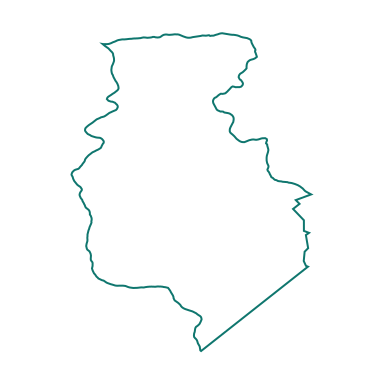 the district of VII-2 Mazaruni/L.B.E.Rive, Cuyuni-Mazaruni, Guyana, rotated 265°
{"feature_id": "73187651B61605631045653", "entity_name": "VII-2 Mazaruni/L.B.E.Rive", "entity_type": "district", "adm_level": 2, "iso_a3": "GUY", "parent_name": "Guyana", "parent_adm1": "Cuyuni-Mazaruni", "projection": "equal_earth", "projection_center": [-59.626, 5.924], "detail": "fine", "context": "isolated", "style": "outline", "palette": "teal", "viewbox_px": 384, "rotation_deg": 265, "n_neighbors": 0, "source": "geoboundaries", "source_scale": "gbopen_adm2", "svg_char_len": 5994}
<svg xmlns="http://www.w3.org/2000/svg" viewBox="0 0 384 384"><g transform="rotate(265 192 192)"><path d="M347.0,116.7L347.2,115.9L344.8,118.3L344.0,119.3L343.2,120.2L342.4,121.2L339.3,123.6L338.3,124.5L337.3,125.1L336.4,125.4L335.0,125.4L332.9,125.8L331.7,125.9L329.5,125.8L328.3,125.3L326.2,124.3L324.2,123.1L323.0,122.8L320.7,122.3L319.6,122.3L318.2,122.4L316.8,122.6L315.7,123.2L313.1,123.9L312.0,124.4L309.4,125.5L308.5,126.1L307.5,126.6L306.4,127.1L304.0,127.8L301.8,127.9L300.8,127.5L299.9,126.7L299.2,125.7L298.5,124.6L297.8,123.6L297.2,122.5L296.7,121.4L296.0,120.3L294.2,116.9L293.3,115.9L292.0,115.3L290.2,116.7L289.1,119.2L288.9,120.6L287.6,123.1L286.4,124.0L285.6,124.8L284.4,125.4L283.2,125.5L282.0,124.9L281.2,124.4L280.3,123.4L279.4,120.6L279.0,119.4L278.5,118.1L278.0,116.6L276.9,114.8L276.0,113.3L275.3,112.0L274.8,110.8L274.3,107.8L273.7,106.5L272.7,103.4L272.0,102.3L271.2,101.1L269.8,99.0L267.6,95.0L266.7,93.7L265.9,92.6L264.7,91.3L263.8,91.0L262.8,90.8L261.7,91.1L259.6,92.6L258.8,93.3L257.5,95.5L256.6,96.6L256.0,98.0L254.9,100.7L254.5,102.1L254.0,105.0L253.3,106.2L252.5,107.1L251.6,107.7L250.7,108.3L249.7,108.5L248.7,108.3L247.8,107.4L245.8,106.1L244.6,105.5L243.8,104.9L242.9,103.2L242.3,101.9L241.8,100.3L241.3,99.3L240.8,98.0L240.2,96.3L238.3,93.4L237.7,92.4L236.6,91.1L234.6,89.0L233.6,88.3L232.4,87.9L231.5,87.3L229.5,85.4L228.6,84.8L226.8,82.8L225.8,81.9L225.0,80.9L224.3,77.6L223.8,76.5L223.1,75.6L222.1,74.5L221.0,73.9L219.9,73.5L218.9,73.7L217.9,74.3L215.5,74.8L213.3,75.6L209.4,78.2L208.4,79.2L207.5,80.3L206.8,81.2L205.6,81.9L204.4,82.5L203.3,82.3L201.4,80.7L200.5,80.2L199.4,79.8L198.2,79.8L195.8,80.6L194.7,81.3L193.8,81.9L192.4,82.2L190.1,83.3L189.1,83.6L188.1,84.1L187.1,84.3L185.8,84.8L184.8,85.8L183.9,86.8L182.9,87.7L181.8,88.2L180.6,88.4L179.3,88.4L178.4,88.3L177.3,89.0L175.2,89.6L174.2,89.7L172.9,89.6L171.7,89.2L170.3,89.2L169.2,88.7L165.9,86.9L164.0,86.2L162.9,85.6L159.4,84.4L158.3,84.1L157.3,84.1L156.0,83.8L154.8,83.7L153.7,83.7L152.2,83.5L151.2,83.1L149.7,82.5L147.4,81.9L144.7,82.3L143.7,82.7L141.8,84.7L140.5,85.2L139.3,85.6L137.5,85.8L134.2,85.3L133.1,85.3L132.0,85.8L130.8,86.6L129.9,86.8L127.0,86.5L126.0,86.2L124.6,85.7L122.4,86.2L119.5,87.3L118.1,88.4L116.9,89.0L115.9,89.6L114.9,90.6L114.0,91.2L112.0,94.6L111.4,96.3L110.5,97.4L109.3,98.8L108.7,99.8L107.2,103.1L106.7,104.5L105.5,107.4L105.2,108.9L104.7,115.1L104.2,117.5L102.9,120.1L102.3,121.7L101.9,123.4L101.5,125.2L101.3,129.3L101.4,132.8L101.1,135.8L101.3,137.4L101.4,139.5L101.4,141.1L101.3,143.1L101.1,145.0L100.8,147.0L100.9,149.3L100.7,151.2L100.5,152.8L100.2,154.4L99.8,155.6L99.5,157.1L99.0,158.6L98.6,159.8L96.5,161.1L95.2,161.8L93.9,162.3L90.5,164.0L89.0,164.4L87.8,164.4L86.7,164.8L85.5,165.3L82.8,168.5L81.4,169.8L80.4,170.6L79.3,171.1L78.2,171.9L77.0,173.3L76.0,175.0L74.4,178.7L73.0,182.1L70.8,185.6L69.7,186.7L68.7,187.9L68.0,188.9L67.1,189.8L66.2,190.2L65.1,190.4L64.1,190.4L62.0,189.3L59.9,188.0L58.9,186.8L58.1,185.7L57.4,184.4L56.6,183.7L55.4,183.2L52.4,182.5L50.9,181.8L48.8,181.4L47.4,181.5L46.3,182.2L45.3,183.1L44.2,183.8L43.1,184.2L40.7,184.7L37.5,186.2L33.5,186.5L33.2,186.8L32.8,187.2L107.5,301.0L108.5,299.1L113.5,297.3L122.7,299.0L125.9,302.8L139.2,301.7L141.1,305.0L143.5,300.1L154.1,301.0L166.3,291.2L170.8,298.1L174.9,294.7L179.2,310.5L181.0,307.8L182.6,305.4L183.4,304.5L186.0,302.5L186.9,301.4L187.9,300.4L189.6,298.0L191.0,295.2L192.2,292.2L192.6,290.6L192.9,289.1L193.5,287.9L194.3,283.2L194.8,281.8L195.0,280.5L195.4,278.7L196.4,277.2L197.0,275.5L197.9,274.6L199.0,273.7L199.8,272.4L201.5,271.8L203.0,271.1L204.1,270.8L205.4,270.2L206.6,269.3L207.9,269.1L209.2,269.9L210.4,270.4L211.5,270.4L214.2,269.4L215.8,269.2L216.9,269.1L219.5,269.3L220.6,269.5L221.8,269.8L225.2,271.2L227.0,271.7L228.1,271.7L231.7,271.0L232.8,271.0L234.0,270.0L235.3,270.4L236.7,271.2L237.7,271.2L238.2,271.1L239.2,269.7L239.3,268.4L239.4,266.7L239.2,265.3L238.8,263.8L238.5,262.2L238.4,260.4L239.0,257.7L239.0,256.2L238.6,253.5L237.7,250.6L237.1,248.6L237.3,246.8L237.6,245.6L238.4,244.1L239.1,243.2L241.1,241.0L243.9,239.0L245.9,237.2L246.7,236.3L247.9,235.3L249.1,234.9L250.4,235.0L251.5,235.2L253.0,235.9L256.8,238.3L258.1,239.2L260.4,239.8L261.7,239.9L262.8,239.8L263.9,239.3L264.9,238.7L266.6,236.7L267.2,235.5L267.6,234.2L268.4,231.1L269.3,230.1L269.6,228.7L269.7,227.3L271.2,224.6L272.0,223.8L277.4,221.5L278.6,221.0L280.0,220.8L281.0,220.9L282.0,221.3L283.2,222.1L283.9,223.1L284.3,224.3L285.1,225.5L286.1,226.8L286.9,228.2L287.4,229.3L287.1,230.8L287.2,232.4L287.5,234.0L288.2,234.8L289.0,236.0L289.8,236.8L290.8,238.0L293.1,240.5L293.6,241.7L293.2,243.1L292.6,244.6L292.5,246.7L292.3,248.5L292.7,250.2L293.5,251.1L294.4,251.9L295.5,252.2L296.6,252.0L299.1,250.6L299.9,249.5L300.9,249.0L302.2,248.5L303.3,248.7L304.5,249.3L305.6,250.3L306.9,252.9L308.1,254.5L309.6,256.3L310.4,257.1L312.5,257.3L314.4,257.7L315.8,258.3L316.8,258.9L317.5,259.9L318.2,260.9L318.6,262.2L319.1,264.9L319.8,266.7L321.0,268.4L322.5,268.1L323.6,267.8L324.9,267.5L326.0,267.1L327.0,267.1L327.9,267.6L329.0,267.4L330.0,266.8L331.2,266.1L334.6,264.7L335.5,264.4L336.7,264.2L337.6,264.2L338.6,263.5L339.4,262.4L340.5,260.3L341.6,256.2L342.3,254.3L343.5,252.1L344.1,250.6L344.6,248.8L345.0,247.0L345.1,245.7L345.5,243.8L347.5,236.0L347.5,234.5L347.3,233.1L346.9,231.7L346.4,229.0L345.9,227.2L346.0,225.1L345.9,223.7L346.7,222.6L346.5,219.6L347.0,216.0L346.7,214.2L346.3,207.5L346.2,206.0L345.9,204.3L345.9,203.0L346.0,201.5L346.5,199.7L347.8,196.8L349.8,193.0L350.2,191.7L350.6,188.3L350.5,186.6L350.5,183.5L350.7,182.0L351.1,180.5L351.2,179.1L351.0,177.4L350.4,176.0L349.6,174.7L349.0,173.4L348.9,171.2L349.3,169.1L349.8,167.9L349.9,166.6L349.6,165.3L349.5,164.0L349.5,162.4L349.5,161.0L349.9,159.2L350.2,157.4L350.1,155.9L349.8,154.1L349.8,150.9L350.0,146.9L349.9,145.0L350.0,143.2L349.9,139.7L349.9,137.8L350.1,135.7L349.8,132.1L349.5,130.7L348.9,129.2L348.5,128.0L348.1,126.4L347.3,124.3L346.8,122.3L346.7,120.8L347.0,116.7Z" fill="none" stroke="#0f766e" stroke-width="2"/></g></svg>